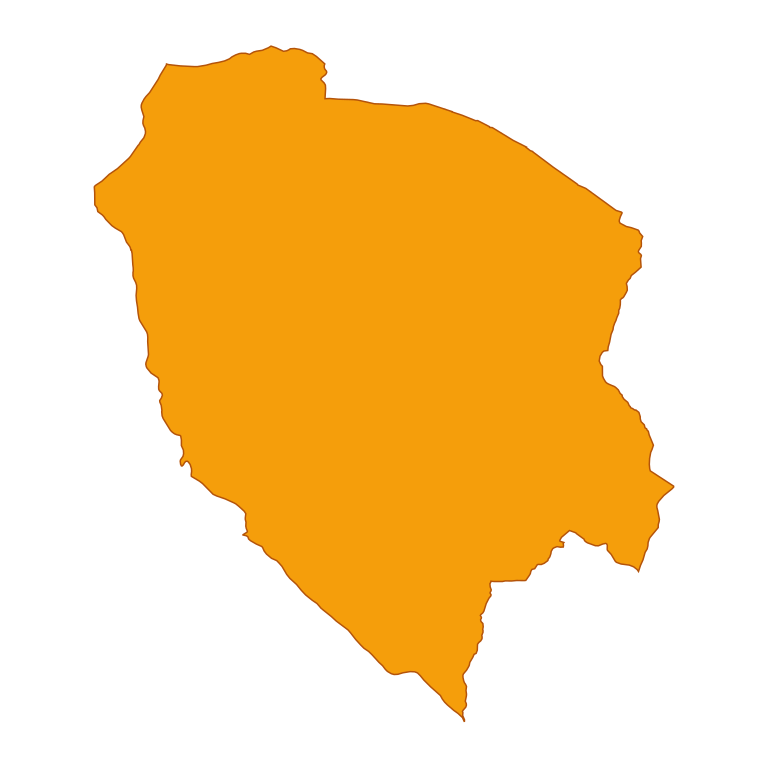 Adunati, Prahova, Romania (Equal Earth projection)
{"feature_id": "2599482B72969969985711", "entity_name": "Adunati", "entity_type": "district", "adm_level": 2, "iso_a3": "ROU", "parent_name": "Romania", "parent_adm1": "Prahova", "projection": "equal_earth", "projection_center": [25.597, 45.18], "detail": "fine", "context": "isolated", "style": "filled", "palette": "amber", "viewbox_px": 768, "rotation_deg": 0, "n_neighbors": 0, "source": "geoboundaries", "source_scale": "gbopen_adm2", "svg_char_len": 6067}
<svg xmlns="http://www.w3.org/2000/svg" viewBox="0 0 768 768"><path d="M464.4,721.9L464.5,719.8L462.8,715.8L462.7,715.1L462.9,712.6L462.4,711.6L462.9,710.5L465.8,707.1L466.4,705.2L466.3,703.7L465.3,701.2L466.4,695.9L466.5,694.0L466.0,690.5L466.5,686.5L465.5,684.2L464.7,683.2L463.8,681.2L463.0,677.6L462.9,675.3L463.5,673.8L466.6,670.1L468.8,666.3L469.3,665.1L469.8,662.4L472.7,657.5L474.1,654.3L476.1,653.4L477.3,650.2L477.5,644.5L477.8,643.8L478.9,642.4L480.7,640.9L482.0,638.8L482.1,637.0L481.8,635.3L483.0,632.3L483.0,630.2L482.7,629.6L483.2,626.8L482.9,623.6L481.1,621.6L480.8,621.0L480.6,619.6L481.3,618.3L481.4,617.3L480.3,615.5L480.8,614.6L482.8,612.9L483.9,611.1L486.2,603.6L488.9,598.3L490.9,595.8L491.0,594.6L490.0,593.0L490.2,592.3L491.0,590.9L491.2,589.8L490.2,586.9L489.9,583.7L490.7,582.4L490.9,581.2L494.0,581.5L502.5,581.5L505.3,580.9L511.5,581.0L516.7,580.5L524.3,580.6L525.8,580.4L529.3,575.4L530.3,573.7L530.8,571.4L531.9,569.4L534.7,568.7L537.3,564.7L538.1,564.4L541.2,564.5L544.2,563.3L547.6,560.8L548.0,560.2L548.1,559.2L549.8,556.9L550.9,553.6L551.2,551.4L552.7,548.7L554.0,547.8L557.0,546.6L560.4,547.2L563.3,547.0L563.5,545.4L563.2,543.4L563.9,542.5L560.5,541.4L559.7,540.9L559.9,540.1L561.5,537.3L569.5,530.5L575.8,532.8L576.3,533.5L584.1,539.2L584.5,540.5L585.4,541.5L587.4,542.8L595.3,545.7L598.4,545.8L602.8,544.0L605.7,543.4L606.6,543.8L607.3,545.1L607.2,549.4L607.5,550.4L611.2,554.4L615.3,561.3L616.4,562.3L621.0,564.0L629.3,565.1L633.6,566.8L637.1,569.5L638.5,571.5L640.5,565.4L643.0,559.8L645.1,552.4L647.2,548.9L647.9,545.8L648.1,542.5L649.3,538.8L650.0,537.5L658.2,527.6L658.3,524.4L659.1,521.6L659.4,519.4L657.7,510.5L656.9,507.5L656.8,505.7L657.2,504.0L658.8,501.2L663.8,495.5L672.3,488.6L673.7,487.0L673.6,486.1L650.3,470.9L649.7,468.7L649.3,464.3L649.6,458.5L650.7,452.4L652.1,449.2L653.4,445.2L649.2,435.0L648.3,431.3L646.9,429.8L646.6,428.8L645.0,427.8L644.3,424.9L641.1,421.7L640.3,418.9L640.2,416.5L638.9,412.4L635.9,410.0L635.6,410.2L634.3,409.8L632.7,408.6L630.6,407.7L630.3,406.7L629.2,405.6L627.8,402.4L624.0,399.2L622.3,396.6L622.1,395.1L620.2,393.5L618.3,389.9L616.1,387.8L614.7,386.7L608.6,384.1L606.7,383.0L605.5,381.8L603.5,378.4L602.5,375.9L602.4,366.3L600.8,364.5L599.2,361.0L600.0,356.2L602.3,352.3L604.0,351.0L607.8,350.5L608.2,346.9L609.6,342.1L611.1,334.3L613.0,329.6L613.4,326.7L614.7,323.0L615.9,320.6L616.8,317.7L618.7,313.3L618.8,310.1L619.7,308.3L620.3,304.7L620.4,301.5L620.3,300.0L621.7,298.3L622.5,298.1L623.7,296.9L626.3,292.4L627.3,290.2L627.1,286.5L626.4,283.7L626.5,283.1L628.5,279.9L630.1,278.4L631.3,275.5L635.6,272.1L641.1,267.1L640.5,258.7L641.4,255.7L640.9,254.5L638.9,252.8L638.5,252.1L638.4,251.2L639.0,249.9L641.3,246.4L641.4,243.1L641.2,240.6L642.7,236.5L639.7,233.0L639.0,231.1L638.2,230.1L631.4,227.7L626.3,226.5L620.1,223.2L619.3,221.6L619.3,220.1L620.4,216.6L622.0,213.2L622.0,212.6L621.4,212.1L616.0,210.4L585.8,188.4L577.8,185.0L577.5,184.3L572.2,180.5L553.1,167.1L533.0,152.0L532.7,151.5L530.2,150.6L526.0,147.3L526.3,147.0L513.2,140.4L492.3,127.6L489.6,127.4L489.5,126.7L477.7,120.6L475.6,120.7L462.3,115.3L452.0,111.9L452.1,111.6L428.8,103.9L425.7,103.3L419.2,103.7L413.3,105.4L407.7,106.0L382.2,104.0L374.5,103.8L357.3,100.0L353.4,99.6L338.4,99.2L329.8,98.5L325.0,98.7L325.6,88.7L325.4,85.1L324.2,83.0L321.1,79.9L320.8,78.9L322.0,77.3L325.2,74.9L325.9,74.1L326.6,72.7L326.7,72.2L326.5,71.2L324.8,69.1L324.3,67.6L324.2,65.7L324.8,63.9L316.5,56.5L312.3,53.7L307.5,52.9L302.7,50.4L299.8,49.4L294.4,48.5L290.3,48.8L288.7,49.9L286.7,50.8L283.5,51.3L276.0,47.8L271.0,46.1L268.5,47.7L262.3,50.3L256.5,51.2L253.7,52.0L249.5,54.4L245.7,53.3L241.2,53.3L239.3,53.6L235.7,54.9L231.9,56.9L229.5,58.8L224.7,60.9L218.6,62.4L212.2,63.5L206.1,65.2L197.5,66.6L194.1,66.6L180.2,65.9L168.5,64.6L166.5,64.0L166.3,65.2L160.3,75.0L158.2,79.3L149.6,92.6L146.0,96.5L144.2,98.9L142.0,103.0L141.3,105.0L141.2,107.2L141.8,110.0L143.9,116.6L143.0,120.5L142.9,123.3L143.5,125.4L144.8,128.1L145.5,131.4L145.4,133.6L143.9,137.7L140.3,142.2L138.9,144.7L138.1,145.4L130.4,156.5L128.8,158.3L117.5,168.6L109.2,174.3L102.0,181.1L95.5,185.4L94.6,186.3L94.3,187.0L94.7,192.8L94.8,204.6L94.9,205.0L97.0,207.8L97.8,211.6L102.3,214.9L103.9,216.6L105.8,219.4L111.8,225.6L115.3,228.1L121.2,231.5L122.2,232.5L123.6,234.6L126.5,242.1L129.5,246.1L130.3,247.6L130.9,250.1L131.4,250.0L132.1,253.6L132.8,264.5L133.2,267.8L133.3,271.3L133.0,272.0L133.0,275.8L133.6,278.2L135.7,282.4L136.6,285.3L136.7,288.6L136.1,295.5L136.5,300.8L137.5,307.0L138.1,313.2L139.0,318.5L139.8,320.7L146.7,331.9L147.5,334.3L147.8,337.5L147.7,341.6L148.5,354.4L148.2,356.2L146.0,362.6L145.8,364.2L146.3,366.7L147.0,368.1L151.1,373.1L158.0,377.7L158.9,380.1L159.1,381.6L158.6,386.4L158.7,389.2L159.4,390.7L161.9,393.3L162.4,395.2L161.3,398.2L159.7,400.5L159.8,401.9L161.2,405.3L161.9,410.3L161.7,411.8L162.1,415.8L163.2,418.6L170.5,430.4L172.3,432.2L174.5,433.8L176.7,434.7L180.2,435.5L180.7,436.1L181.4,439.8L181.4,445.6L183.4,450.1L183.6,453.7L183.0,456.3L180.5,459.9L180.2,461.2L180.6,464.3L181.4,465.9L182.1,466.0L183.3,464.9L184.6,462.6L185.8,461.4L187.1,461.2L188.2,461.8L190.2,464.5L191.5,468.8L191.6,471.5L191.2,474.7L191.4,476.4L199.5,481.2L202.6,483.6L213.1,494.3L217.0,496.1L225.2,498.9L234.0,502.9L235.7,503.8L238.7,506.2L244.3,511.3L245.8,513.7L245.3,517.8L245.3,519.4L246.0,522.2L245.8,526.2L246.3,528.5L247.4,531.2L247.0,532.2L243.0,534.7L243.0,535.0L246.5,535.8L248.0,537.0L248.6,539.0L250.5,540.7L256.2,544.0L261.8,546.5L262.7,547.7L264.2,551.1L266.5,554.1L271.5,558.3L276.7,560.6L279.2,563.2L282.0,566.4L286.7,574.4L289.9,578.4L296.6,584.5L301.2,590.2L305.6,594.9L312.4,600.4L317.0,603.5L321.2,608.4L331.2,616.4L336.3,621.1L348.0,629.9L350.6,632.9L355.8,639.6L360.9,645.2L364.0,648.3L368.6,651.4L371.9,654.6L379.0,662.4L382.6,665.7L385.4,669.4L387.4,671.4L391.3,673.7L394.1,674.5L397.9,674.3L402.9,672.8L410.1,671.6L414.7,671.8L417.5,672.9L420.4,675.8L423.9,680.1L430.7,686.9L440.4,695.5L442.3,699.0L444.6,702.1L447.4,704.9L453.8,710.4L458.0,713.4L462.5,717.6L464.4,721.9Z" fill="#f59e0b" stroke="#b45309" stroke-width="1.5"/></svg>